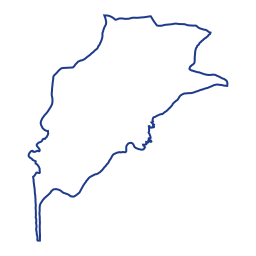 the district of Fatick, Fatick, Senegal
{"feature_id": "50182788B55839740763416", "entity_name": "Fatick", "entity_type": "district", "adm_level": 2, "iso_a3": "SEN", "parent_name": "Senegal", "parent_adm1": "Fatick", "projection": "orthographic", "projection_center": [-16.497, 14.221], "detail": "fine", "context": "isolated", "style": "outline", "palette": "blue", "viewbox_px": 256, "rotation_deg": 0, "n_neighbors": 0, "source": "geoboundaries", "source_scale": "gbopen_adm2", "svg_char_len": 5714}
<svg xmlns="http://www.w3.org/2000/svg" viewBox="0 0 256 256"><path d="M104.3,15.4L105.5,18.6L106.2,21.8L106.1,23.5L105.8,24.7L104.1,27.9L103.8,29.1L103.4,29.8L103.1,31.5L102.7,32.3L102.4,33.8L102.5,35.2L102.3,37.5L101.4,40.5L99.6,44.5L98.9,45.6L98.3,46.1L97.8,47.7L96.9,48.9L95.1,50.2L92.9,52.4L91.7,53.2L90.1,54.8L88.2,56.2L84.4,59.2L81.8,60.4L80.9,60.4L78.0,61.7L76.5,63.4L75.4,64.4L74.6,65.7L73.3,67.2L72.3,67.5L62.8,68.0L61.5,68.3L60.3,69.1L57.9,71.4L57.0,72.6L53.9,75.6L53.5,76.4L53.3,77.0L53.2,79.3L52.8,81.6L52.0,89.5L52.0,91.3L51.7,92.9L51.8,93.8L51.7,95.0L52.4,98.4L52.5,100.9L52.4,102.4L52.0,104.3L50.6,107.1L47.7,111.6L46.7,112.9L44.5,115.3L42.1,118.6L42.0,119.1L41.3,120.5L40.9,121.6L40.7,123.4L41.1,125.1L41.9,126.6L42.6,128.1L44.5,129.9L46.1,130.7L47.5,131.1L47.9,131.0L48.2,133.4L47.9,134.7L46.5,137.3L45.5,137.9L45.1,138.8L44.4,138.8L43.4,138.9L42.7,139.3L42.2,140.6L41.1,141.7L38.7,142.6L36.8,144.4L36.7,145.2L37.0,146.1L39.1,148.6L39.6,149.5L39.7,150.6L39.3,151.2L38.5,151.2L37.8,150.8L37.1,150.8L35.4,151.7L34.5,151.9L33.6,151.8L33.0,151.6L32.8,150.9L32.2,150.8L31.5,151.0L30.7,151.5L29.7,152.7L28.8,154.2L28.6,155.9L29.1,156.7L30.1,157.8L31.4,158.5L32.1,159.1L32.6,159.9L35.7,161.3L35.7,162.0L35.5,162.6L35.6,163.5L36.7,164.1L38.2,165.7L39.1,167.4L39.7,169.0L39.6,170.7L39.9,172.2L39.5,173.0L38.7,173.0L37.0,172.6L36.4,172.6L34.5,175.7L33.1,176.8L33.6,179.9L33.6,181.4L34.7,189.6L34.8,192.3L35.0,194.2L35.3,195.4L35.3,197.3L35.5,199.2L35.5,201.7L35.8,205.5L35.6,208.1L35.8,209.9L35.9,215.2L35.7,217.6L36.2,218.9L36.3,222.1L36.0,222.7L36.4,224.7L36.5,227.0L36.2,228.8L36.2,230.5L36.5,231.0L36.8,234.0L36.8,234.8L37.1,235.0L37.4,236.8L37.4,238.5L37.3,239.9L37.6,240.5L37.8,240.6L39.9,240.6L40.0,235.1L39.8,231.9L39.8,229.0L39.7,225.8L39.9,223.4L39.8,220.3L39.7,219.6L39.8,217.8L39.4,213.2L39.6,211.9L39.7,208.9L39.6,208.5L39.7,207.3L39.6,207.0L40.0,205.2L40.2,204.2L41.0,202.9L42.3,200.8L43.5,199.2L43.9,198.9L44.1,198.5L45.2,197.5L48.4,194.7L50.7,192.4L50.9,191.7L51.6,190.8L52.2,190.5L53.1,189.6L53.8,189.3L56.1,189.1L56.7,189.2L59.2,189.9L60.9,190.8L62.1,191.9L63.8,193.0L65.5,193.4L66.2,193.8L67.1,194.0L68.4,194.6L69.3,195.1L69.8,195.7L70.9,196.3L71.6,196.3L72.1,196.6L72.7,196.5L73.2,196.6L73.9,196.5L75.0,196.0L77.6,194.1L79.5,192.5L81.8,188.2L82.6,186.9L82.8,186.3L84.6,183.5L86.2,181.5L86.3,181.0L87.8,179.4L88.0,178.9L88.5,178.5L88.8,178.0L90.3,176.8L91.8,176.1L92.1,175.7L93.6,175.3L94.0,174.8L94.5,174.7L95.6,174.2L96.4,174.2L98.2,173.4L98.6,173.0L100.2,172.0L101.7,170.5L102.2,170.1L104.1,167.6L105.1,166.5L105.6,166.1L107.1,164.0L107.7,163.6L108.0,163.2L108.5,162.5L109.5,160.4L110.5,159.1L112.3,155.8L113.5,154.3L117.2,152.6L117.8,152.6L118.5,152.3L119.2,152.3L119.8,152.1L120.2,152.3L121.8,152.3L122.4,152.0L123.0,152.0L124.3,152.2L125.5,152.2L125.8,151.9L126.3,151.0L126.2,147.2L126.4,146.4L126.7,145.5L128.3,143.5L129.6,143.0L130.5,142.9L131.3,142.9L132.5,143.4L133.6,144.9L134.0,146.0L134.8,147.3L135.3,147.5L136.1,148.1L138.7,149.1L141.5,149.7L143.4,149.4L144.1,148.7L145.0,147.2L144.0,145.9L143.3,145.4L143.1,144.7L144.9,144.7L146.1,144.3L146.4,144.1L146.2,143.1L146.2,142.0L147.0,142.2L147.6,142.7L148.1,142.5L148.4,142.0L148.3,140.8L149.2,140.9L149.7,141.4L150.7,141.9L151.3,141.6L151.4,141.4L150.9,140.9L150.8,140.5L150.7,140.4L150.1,140.6L149.8,140.1L149.2,139.6L148.7,138.9L148.8,138.3L150.0,138.1L150.6,137.9L150.6,137.5L150.4,136.5L149.4,133.8L148.9,133.2L148.7,132.6L148.6,132.2L149.0,131.6L149.2,130.6L149.0,128.8L149.1,127.8L148.8,126.6L148.8,126.2L149.4,126.1L150.3,127.7L150.7,127.7L151.2,127.7L152.0,127.5L152.2,127.3L152.6,126.6L152.9,126.4L153.1,126.9L153.0,127.4L153.3,127.4L154.0,127.0L154.0,126.7L153.5,126.1L153.8,125.4L153.7,125.2L154.0,124.6L153.7,124.4L152.9,124.4L152.8,123.9L151.5,122.4L152.5,122.1L153.1,121.7L152.5,120.3L152.8,119.0L153.3,117.6L153.8,117.2L155.3,116.8L156.2,116.2L159.3,114.7L161.5,114.0L161.9,114.2L162.5,114.0L164.6,112.2L165.8,111.5L167.0,110.6L168.5,109.1L168.9,108.5L169.5,108.2L170.7,106.9L172.3,105.0L172.6,104.4L172.8,103.9L173.7,102.8L174.2,102.5L175.5,101.3L176.4,100.6L176.7,100.5L177.7,99.6L178.7,98.2L179.0,97.4L179.8,96.4L180.1,95.9L180.5,95.5L182.2,94.4L184.3,93.5L186.4,93.4L187.7,93.2L190.9,93.1L193.4,92.6L195.0,92.0L195.5,91.7L197.7,91.1L200.6,89.9L202.6,89.5L203.0,89.2L206.6,88.1L207.4,88.0L210.1,86.8L211.3,86.4L213.8,85.2L216.3,84.6L217.3,84.5L218.3,84.7L221.6,85.0L224.0,85.6L227.2,85.9L227.4,84.0L227.3,82.7L227.0,81.6L226.5,80.7L226.1,80.3L224.0,78.9L222.1,78.3L219.8,77.0L217.7,76.0L217.2,75.9L215.4,74.9L212.9,74.6L211.2,74.9L210.0,74.9L209.4,75.0L207.2,74.8L206.1,74.6L204.3,74.2L200.9,73.0L200.2,72.8L199.5,72.4L198.0,72.3L196.3,71.8L194.7,71.4L194.4,71.2L193.5,71.0L193.0,70.7L192.6,70.6L192.2,70.7L191.7,70.5L190.4,69.9L190.2,69.6L189.4,68.9L189.5,68.4L189.8,67.7L190.0,67.0L190.3,66.5L190.8,66.0L191.1,66.0L192.0,65.0L193.1,64.4L194.2,63.2L194.5,62.4L194.8,59.2L194.6,58.5L194.8,57.9L194.7,56.2L194.9,55.9L195.0,53.6L195.2,53.2L195.1,51.8L195.9,48.6L196.1,48.1L196.9,47.0L197.1,46.1L197.4,45.6L198.5,44.9L199.2,43.9L199.6,42.9L200.9,42.0L201.1,41.6L201.7,41.0L203.1,40.0L203.4,39.4L204.2,39.0L204.7,38.5L205.5,37.9L206.2,37.6L206.6,37.0L207.6,36.5L208.3,35.3L209.3,34.5L209.8,34.3L210.1,33.6L210.4,33.1L210.5,32.6L209.3,32.3L207.3,30.8L205.9,29.9L203.8,29.6L199.8,28.3L198.1,27.4L196.4,25.8L195.7,25.6L192.9,25.6L188.1,25.3L184.5,24.2L178.7,24.0L176.2,23.6L175.3,23.6L173.3,23.9L172.1,24.2L165.4,24.8L161.5,25.7L158.5,25.8L156.9,25.4L153.9,21.4L150.8,16.3L150.1,16.3L144.5,17.2L137.2,17.8L134.1,17.7L132.1,17.8L129.0,18.7L125.1,18.9L122.6,18.5L119.9,18.4L118.3,18.8L116.7,19.5L115.3,19.7L112.9,17.7L111.1,16.7L109.5,16.0L107.3,15.5L104.3,15.4Z" fill="none" stroke="#1e3a8a" stroke-width="2"/></svg>